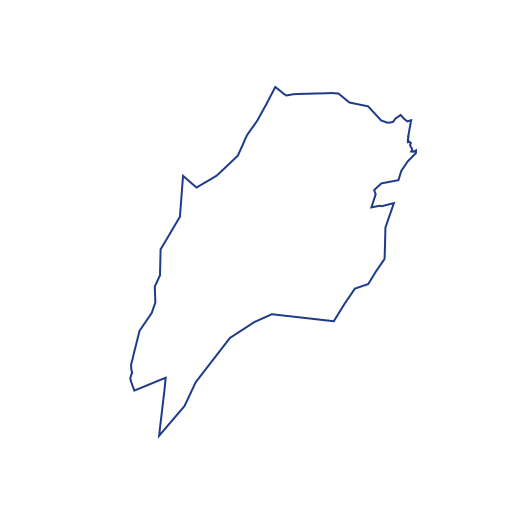 the district of Skjåk nor, Oppland, Norway, rotated 127°
{"feature_id": "86288312B35215540023018", "entity_name": "Skjåk nor", "entity_type": "district", "adm_level": 2, "iso_a3": "NOR", "parent_name": "Norway", "parent_adm1": "Oppland", "projection": "natural_earth1", "projection_center": [7.74, 61.934], "detail": "fine", "context": "isolated", "style": "outline", "palette": "blue", "viewbox_px": 512, "rotation_deg": 127, "n_neighbors": 0, "source": "geoboundaries", "source_scale": "gbopen_adm2", "svg_char_len": 3406}
<svg xmlns="http://www.w3.org/2000/svg" viewBox="0 0 512 512"><g transform="rotate(127 256 256)"><path d="M77.6,190.2L75.4,191.8L78.0,192.9L78.3,193.5L78.8,194.3L79.1,194.9L78.7,194.9L77.6,194.8L77.5,195.0L77.0,195.5L76.5,196.0L76.2,196.4L76.1,196.6L76.0,197.0L75.9,197.3L75.9,197.8L75.7,198.2L75.4,198.6L74.7,199.7L74.4,199.8L74.1,199.9L73.7,200.0L73.2,200.0L72.9,200.2L72.6,200.4L72.6,200.7L72.7,201.0L72.7,201.3L72.7,201.6L72.7,201.9L72.5,202.1L72.3,202.4L72.4,202.7L72.8,202.9L73.1,203.0L73.6,203.2L73.4,203.5L73.1,203.7L72.8,204.0L72.6,204.1L72.2,204.1L71.9,204.4L71.6,204.7L71.5,204.8L71.4,205.0L70.9,205.1L70.7,205.1L70.5,205.3L70.3,205.4L70.1,205.5L69.9,205.6L69.6,205.7L69.5,205.9L69.3,206.1L68.8,206.3L68.5,206.4L68.6,206.7L68.3,206.8L68.1,206.9L67.7,207.0L54.2,213.8L57.5,216.3L57.4,218.5L57.3,220.0L57.2,221.0L56.3,225.3L62.2,227.3L66.5,227.3L68.7,229.2L69.5,230.1L70.6,231.7L72.4,237.5L72.4,237.8L72.0,239.9L71.5,242.8L71.4,243.2L71.4,243.3L70.2,249.9L69.0,256.5L75.6,270.4L77.2,273.8L77.2,274.9L76.6,288.0L77.4,289.1L77.9,289.9L78.4,290.7L78.9,291.5L79.5,292.3L80.0,293.2L80.3,293.6L81.2,294.7L81.9,295.6L82.6,296.4L83.0,297.0L83.9,298.0L84.5,298.8L85.1,299.6L85.9,300.5L86.5,301.3L87.2,302.2L88.2,303.5L88.8,304.3L89.5,305.1L90.1,305.8L90.7,306.6L91.3,307.4L92.0,308.3L92.6,309.0L93.3,309.9L93.9,310.6L94.4,311.3L94.5,311.3L95.1,312.2L95.9,313.1L97.1,314.7L98.2,316.1L99.0,317.0L99.7,317.9L100.2,318.6L100.9,319.4L102.2,321.0L102.5,321.4L102.9,321.8L103.5,322.6L103.7,322.9L104.2,323.4L105.6,324.7L106.6,325.6L108.0,326.9L108.9,327.8L109.7,328.6L109.7,329.4L109.7,329.7L109.7,331.2L109.7,332.1L109.7,333.0L109.7,333.7L109.6,334.8L109.6,335.9L109.5,337.6L109.5,338.4L109.5,339.7L109.4,340.7L109.4,341.1L109.4,342.3L110.4,342.2L112.1,341.9L114.7,341.4L117.2,341.0L119.1,340.7L121.5,340.3L122.9,340.0L125.6,339.6L126.9,339.4L128.2,339.1L129.9,338.9L133.6,338.4L136.4,338.0L137.5,337.8L139.2,337.6L140.4,337.4L141.8,337.2L143.5,337.0L145.7,336.6L146.7,336.5L147.4,336.4L148.8,336.4L151.7,336.3L153.7,336.2L156.6,336.2L162.0,336.0L164.7,335.9L169.2,335.0L171.9,334.3L172.5,334.2L175.4,333.4L176.9,333.1L177.4,333.0L177.6,333.0L181.5,332.1L186.7,330.9L199.5,333.0L211.3,335.0L215.6,335.8L215.9,335.9L216.8,336.3L221.8,338.3L230.1,341.8L236.4,344.4L237.1,344.7L236.6,352.7L235.9,362.5L270.4,340.4L296.9,337.4L308.1,336.2L312.4,333.1L328.9,321.3L329.0,321.1L341.4,318.4L353.7,308.4L364.3,305.0L385.8,304.0L409.2,294.1L410.9,293.3L412.8,292.5L415.2,291.5L416.7,290.9L417.7,290.4L418.3,290.2L420.7,288.1L421.0,287.9L421.4,287.4L422.5,286.2L422.8,285.9L423.0,285.7L423.6,284.9L423.8,284.8L423.8,284.7L424.0,284.4L425.1,284.4L425.9,284.2L426.6,283.9L429.1,282.9L429.4,282.7L429.5,282.7L429.9,282.2L430.2,281.7L430.3,281.6L430.6,281.3L430.8,281.0L431.1,280.8L431.2,280.6L431.3,280.5L432.2,279.1L432.6,278.5L432.9,278.1L433.3,277.5L436.4,272.7L436.7,272.2L433.5,270.3L418.0,261.1L407.6,254.9L418.0,248.5L452.0,228.7L457.8,225.2L418.8,222.8L393.1,228.2L337.1,227.5L309.8,217.6L293.6,208.7L293.0,208.4L289.5,202.4L261.3,154.6L241.0,156.5L235.2,156.8L233.9,156.8L232.8,156.9L231.5,156.9L230.2,157.0L222.6,157.4L210.8,149.5L199.1,150.6L196.5,150.9L189.1,151.2L180.9,151.6L175.5,155.4L172.8,157.3L155.3,169.8L130.8,177.7L140.7,185.7L141.4,187.4L147.7,193.1L134.8,197.5L133.7,199.0L132.2,201.3L122.6,199.6L109.7,187.9L100.5,191.2L89.2,191.8L77.6,190.2Z" fill="none" stroke="#1e3a8a" stroke-width="2"/></g></svg>